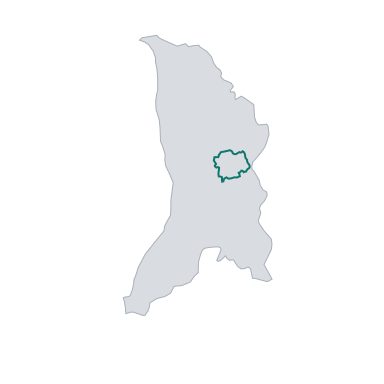 Orhei highlighted on a map of Moldova, rotated 23°
{"feature_id": "MDA-1643", "entity_name": "Orhei", "entity_type": "District", "adm_level": 1, "iso_a3": "MDA", "parent_name": "Moldova", "parent_adm1": "", "projection": "orthographic", "projection_center": [28.834, 47.401], "detail": "fine", "context": "in_parent", "style": "outline", "palette": "teal", "viewbox_px": 384, "rotation_deg": 23, "n_neighbors": 0, "source": "natural_earth", "source_scale": "10m", "svg_char_len": 2738}
<svg xmlns="http://www.w3.org/2000/svg" viewBox="0 0 384 384"><g transform="rotate(23 192 192)"><path d="M84.3,72.7L85.7,69.6L98.4,61.5L101.6,63.0L108.1,63.4L121.4,63.5L128.1,58.0L132.1,59.6L135.4,57.2L140.9,54.2L141.7,54.8L142.4,55.3L150.9,56.9L157.2,60.0L161.4,64.7L165.8,67.6L170.3,68.8L172.8,71.1L173.3,74.6L177.5,76.4L185.5,76.4L188.9,78.8L187.6,83.4L188.4,85.0L191.3,83.4L193.5,84.8L194.6,88.3L195.9,89.9L200.0,84.5L204.3,85.1L214.7,87.4L220.3,98.6L223.8,102.7L226.9,104.3L230.7,102.5L234.1,100.4L236.1,101.4L240.4,108.9L241.4,118.6L241.4,122.6L239.9,129.2L237.8,136.3L236.1,140.9L236.9,144.6L238.4,147.7L240.9,148.7L249.2,154.9L252.2,159.2L256.7,162.4L260.1,162.5L261.9,164.3L262.5,166.5L262.1,172.1L260.3,177.3L260.5,180.7L263.6,184.6L263.9,189.2L264.2,192.2L265.8,194.5L273.4,199.5L283.3,204.3L285.9,208.5L287.5,213.8L287.1,222.8L286.6,230.6L299.7,240.9L298.2,242.9L296.3,245.1L283.9,246.9L281.4,247.8L275.9,239.9L273.1,239.0L270.4,241.9L267.3,243.6L263.6,242.8L259.6,240.4L257.5,238.7L255.9,238.5L253.4,240.2L250.1,239.5L247.9,237.6L244.8,244.3L242.8,245.7L241.6,245.5L241.3,234.1L240.4,232.4L237.9,232.1L231.9,234.9L226.2,238.4L224.2,241.5L224.4,247.1L225.3,253.8L229.2,264.0L227.1,268.4L225.6,275.5L219.4,282.0L212.4,285.8L211.8,293.5L207.8,298.8L201.1,304.0L196.6,310.4L197.7,314.8L198.0,318.9L197.2,321.7L197.0,323.8L195.3,324.8L185.0,325.5L182.1,326.8L178.7,329.8L175.6,324.1L172.4,319.0L170.1,316.3L171.1,315.0L173.7,313.6L175.5,311.9L175.4,306.0L174.1,299.1L172.9,295.7L172.8,290.5L172.0,282.3L173.3,267.2L178.6,248.3L181.4,238.9L180.1,233.7L181.3,221.7L179.1,215.7L175.8,207.9L171.1,190.9L165.1,184.9L157.7,178.4L154.6,173.4L152.6,168.0L148.2,162.6L143.2,157.6L137.4,145.2L134.3,139.6L133.4,138.1L126.7,130.1L123.2,122.9L121.5,117.0L120.6,111.6L116.0,100.8L111.8,92.7L107.8,86.9L106.0,82.8L101.3,77.6L94.5,73.3L90.1,72.5L84.3,72.7Z" fill="#d9dde1" stroke="#a8b0b8" stroke-width="1"/><path d="M229.9,158.8L227.8,161.0L225.2,162.0L222.8,164.1L220.3,165.5L217.9,165.1L216.4,167.4L216.7,170.0L215.7,170.7L214.7,168.9L213.9,166.7L212.5,166.6L210.6,167.2L209.4,165.4L208.6,163.1L208.1,160.9L207.4,159.0L206.1,158.9L204.9,160.0L203.8,159.8L202.7,158.9L203.2,156.8L199.8,154.5L199.1,151.1L202.6,149.6L202.6,148.6L202.2,147.7L202.3,146.9L202.8,146.0L202.8,145.1L202.9,144.2L204.2,143.2L205.6,142.4L210.7,138.7L211.9,138.8L213.1,139.1L214.3,140.3L215.9,140.7L217.6,140.0L220.0,136.8L221.5,136.6L222.3,135.8L222.7,134.7L224.3,135.1L225.8,136.4L227.8,139.6L230.2,141.0L230.6,142.0L231.6,143.1L234.3,144.8L235.0,145.6L235.2,146.4L235.4,146.9L235.2,147.8L234.1,149.4L233.7,152.2L232.6,152.6L231.8,153.6L230.2,152.7L229.1,153.1L228.6,154.9L227.5,156.1L228.8,157.2L229.9,158.8Z" fill="none" stroke="#0f766e" stroke-width="2"/></g></svg>